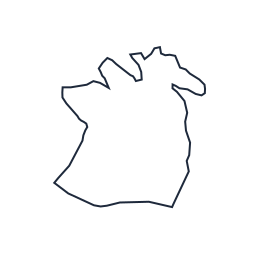 map outline of Bururi (Albers equal-area conic projection), rotated 299°
{"feature_id": "BDI-2637", "entity_name": "Bururi", "entity_type": "Province", "adm_level": 1, "iso_a3": "BDI", "parent_name": "Burundi", "parent_adm1": "", "projection": "albers", "projection_center": [29.663, -3.868], "detail": "fine", "context": "isolated", "style": "outline", "palette": "slate", "viewbox_px": 256, "rotation_deg": 299, "n_neighbors": 0, "source": "natural_earth", "source_scale": "10m", "svg_char_len": 1070}
<svg xmlns="http://www.w3.org/2000/svg" viewBox="0 0 256 256"><g transform="rotate(299 128 128)"><path d="M80.2,204.9L73.6,182.0L58.9,157.0L49.8,147.2L46.1,142.1L43.9,135.7L41.8,107.5L44.3,90.1L50.3,91.2L66.5,94.9L94.9,94.3L100.0,92.5L105.3,91.8L109.1,91.9L111.6,89.4L111.9,86.4L111.8,83.4L112.4,80.6L113.9,78.1L119.6,62.2L122.9,55.9L127.3,53.3L131.9,51.1L135.8,58.2L145.9,71.0L152.2,75.0L153.9,81.6L153.7,91.7L160.2,83.5L161.2,80.1L163.7,77.0L165.9,73.6L172.8,74.2L179.2,76.0L179.6,81.3L178.2,86.7L175.4,104.5L175.7,107.3L174.5,109.7L172.9,112.1L177.0,116.5L183.4,112.4L188.3,106.6L191.3,97.8L193.4,94.4L199.8,103.1L196.3,109.1L204.1,112.3L210.5,112.5L214.2,116.7L209.2,120.8L209.7,125.3L212.3,129.0L214.0,134.3L206.1,144.2L207.2,150.1L205.6,155.6L205.0,166.8L203.0,173.9L199.6,176.4L195.7,178.3L192.2,176.5L190.6,170.7L190.7,161.4L187.7,153.7L188.0,149.4L187.7,145.9L184.3,147.7L183.4,153.2L179.0,164.3L170.0,172.4L161.3,174.9L153.8,180.0L145.3,189.4L133.9,194.7L127.7,195.3L119.5,202.2L83.3,204.6L80.2,204.9Z" fill="none" stroke="#1e293b" stroke-width="2"/></g></svg>